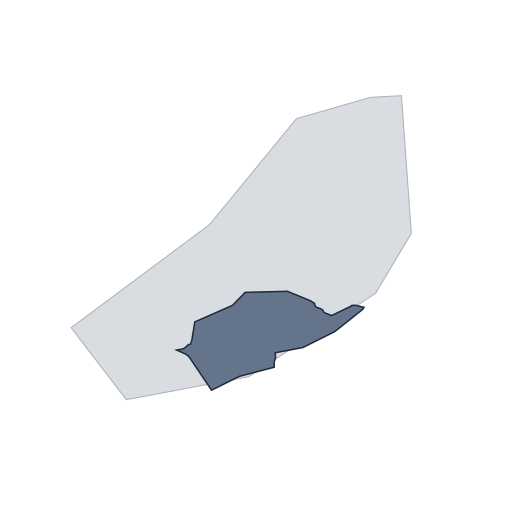 Dominica, with Saint David highlighted, rotated 66°
{"feature_id": "DMA-1433", "entity_name": "Saint David", "entity_type": "Parish", "adm_level": 1, "iso_a3": "DMA", "parent_name": "Dominica", "parent_adm1": "", "projection": "orthographic", "projection_center": [-61.287, 15.413], "detail": "fine", "context": "in_parent", "style": "filled", "palette": "slate", "viewbox_px": 512, "rotation_deg": 66, "n_neighbors": 0, "source": "natural_earth", "source_scale": "10m", "svg_char_len": 1010}
<svg xmlns="http://www.w3.org/2000/svg" viewBox="0 0 512 512"><g transform="rotate(66 256 256)"><path d="M334.5,432.9L246.3,454.1L208.4,285.6L147.0,163.3L157.6,86.9L168.7,57.9L298.5,104.9L338.7,161.9L363.3,311.7L334.5,432.9Z" fill="#d9dde1" stroke="#a8b0b8" stroke-width="1"/><path d="M346.8,178.2L348.2,180.3L357.1,214.7L358.7,250.4L352.2,277.8L356.5,279.3L360.4,282.6L365.0,284.5L359.2,320.1L360.5,351.2L320.7,358.2L317.1,360.1L309.6,366.8L311.0,361.2L311.1,360.1L310.9,358.2L310.4,356.6L309.7,354.7L309.5,353.9L309.5,353.3L309.9,351.6L306.7,348.8L291.3,338.7L291.5,297.4L284.8,280.7L301.0,241.7L318.8,224.7L323.1,221.7L323.5,221.9L323.9,222.1L324.2,222.2L324.4,222.2L325.1,222.0L325.5,222.0L326.1,222.2L326.4,222.2L327.1,221.8L327.9,221.1L329.5,219.3L331.9,217.3L332.2,217.1L332.6,217.0L334.1,217.0L334.5,216.9L335.0,216.8L335.6,216.5L336.5,215.7L340.0,212.2L340.5,211.7L340.9,211.6L341.1,209.7L340.5,189.8L340.1,188.5L341.6,184.9L346.8,178.2Z" fill="#64748b" stroke="#1e293b" stroke-width="1.5"/></g></svg>